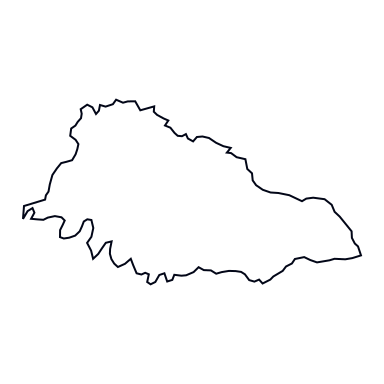 outline of São Martinho, Rio Grande do Sul, Brazil
{"feature_id": "56859067B67687441249744", "entity_name": "São Martinho", "entity_type": "district", "adm_level": 2, "iso_a3": "BRA", "parent_name": "Brazil", "parent_adm1": "Rio Grande do Sul", "projection": "orthographic", "projection_center": [-53.965, -27.722], "detail": "fine", "context": "isolated", "style": "outline", "palette": "ink", "viewbox_px": 384, "rotation_deg": 0, "n_neighbors": 0, "source": "geoboundaries", "source_scale": "gbopen_adm2", "svg_char_len": 1957}
<svg xmlns="http://www.w3.org/2000/svg" viewBox="0 0 384 384"><path d="M147.2,282.0L150.6,284.3L155.3,282.0L159.3,275.0L164.4,273.3L167.2,281.5L172.3,279.9L174.3,274.8L181.4,275.7L186.1,275.3L193.6,272.1L198.6,267.2L203.8,270.1L210.9,270.4L216.2,273.7L221.7,272.1L229.0,270.9L235.7,271.1L241.1,271.9L244.9,274.3L249.2,280.1L254.4,281.6L259.1,279.6L262.6,283.5L270.3,279.6L273.3,276.5L282.7,270.9L286.0,266.5L291.9,263.5L294.9,259.0L304.2,257.1L310.2,260.0L317.0,262.4L329.5,260.3L334.5,258.8L345.3,259.3L352.3,258.1L361.0,255.4L358.0,246.4L354.8,243.5L351.9,237.9L351.6,231.3L339.7,216.6L334.6,211.8L331.7,204.8L324.6,199.2L313.2,197.7L306.3,198.6L302.0,201.2L289.3,195.2L278.4,193.0L270.6,192.5L262.8,189.8L256.1,185.2L252.7,180.4L252.0,173.3L247.3,169.0L245.4,159.2L236.6,157.2L231.1,153.1L226.9,152.6L230.7,147.9L223.4,146.2L216.1,142.8L209.0,138.0L202.5,136.5L196.9,137.0L193.1,141.4L187.9,138.5L185.9,134.1L182.0,136.2L177.7,135.8L174.5,132.9L170.4,127.7L165.0,125.5L168.3,120.5L163.7,118.5L157.1,114.9L153.8,111.7L154.2,106.4L140.3,110.3L135.2,101.3L127.8,101.4L123.0,102.7L116.1,99.7L112.9,104.2L105.6,106.6L100.0,105.0L98.9,110.7L96.0,114.0L92.4,107.3L87.2,104.7L80.7,109.2L81.7,113.7L81.0,118.2L77.7,121.9L75.4,125.6L71.2,128.5L70.2,135.8L75.6,139.8L78.4,144.1L77.3,149.2L75.6,154.3L72.1,160.2L66.1,161.9L61.2,163.1L56.9,168.4L52.4,175.0L49.8,184.4L48.5,191.6L45.9,195.3L45.1,199.6L24.0,206.0L23.0,218.9L27.6,211.1L32.5,208.1L34.4,212.7L31.1,218.8L37.6,219.4L43.4,219.8L47.8,217.6L54.9,216.1L61.5,217.3L64.7,220.5L62.9,224.5L60.1,230.1L60.0,237.1L63.8,238.5L69.2,237.7L75.2,235.6L79.7,231.3L81.9,226.5L83.8,221.5L87.3,219.3L91.4,220.0L93.3,228.0L91.4,236.8L87.1,242.9L91.1,250.6L93.1,258.8L98.2,254.0L101.9,248.4L105.8,242.8L111.6,241.4L110.1,249.0L109.9,253.8L111.4,259.1L114.2,263.6L117.9,267.0L125.0,263.8L130.8,258.8L133.2,265.2L136.6,273.3L141.4,274.5L145.2,272.8L148.8,274.3L147.2,282.0Z" fill="none" stroke="#020617" stroke-width="2"/></svg>